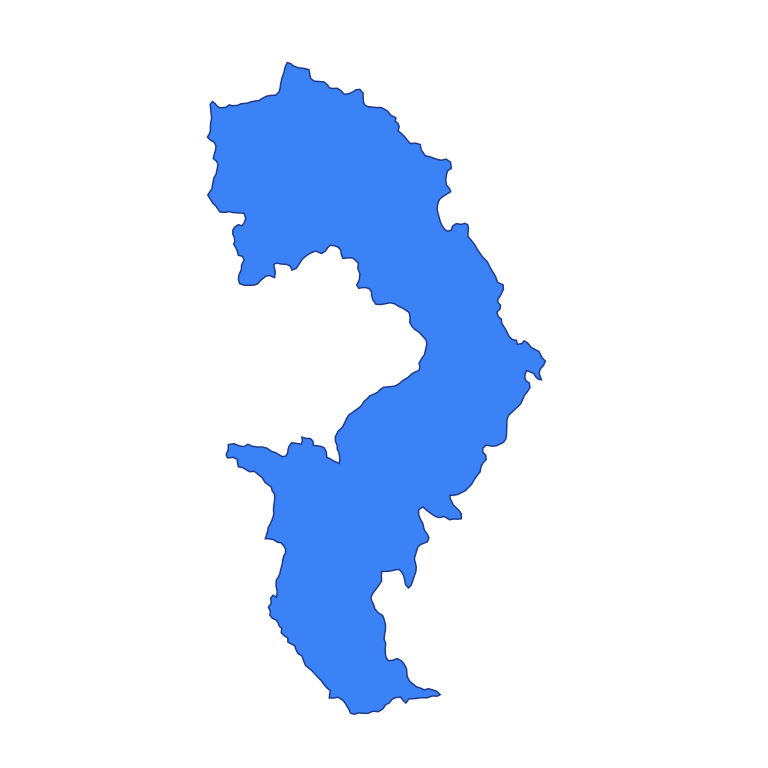 Inhapim, Minas Gerais, Brazil, rotated 86°
{"feature_id": "56859067B8939369455012", "entity_name": "Inhapim", "entity_type": "district", "adm_level": 2, "iso_a3": "BRA", "parent_name": "Brazil", "parent_adm1": "Minas Gerais", "projection": "albers", "projection_center": [-41.95, -19.485], "detail": "fine", "context": "isolated", "style": "filled", "palette": "blue", "viewbox_px": 768, "rotation_deg": 86, "n_neighbors": 0, "source": "geoboundaries", "source_scale": "gbopen_adm2", "svg_char_len": 6126}
<svg xmlns="http://www.w3.org/2000/svg" viewBox="0 0 768 768"><g transform="rotate(86 384 384)"><path d="M523.8,316.3L518.9,315.9L515.3,318.1L509.6,323.3L503.0,325.9L499.6,326.0L499.8,321.8L499.3,317.8L497.6,314.2L496.2,310.4L490.0,303.5L485.6,300.6L481.3,297.2L478.3,294.2L473.9,293.3L469.6,290.8L466.5,287.3L462.0,287.5L459.2,290.1L454.9,290.0L452.1,286.0L453.5,281.1L453.5,276.3L450.7,269.1L447.6,266.4L443.6,265.4L428.0,263.8L424.0,262.0L415.3,251.3L413.0,248.8L405.3,244.8L401.9,241.7L397.7,238.6L393.0,239.1L390.8,242.1L387.3,243.2L383.9,242.5L380.6,240.8L382.5,236.5L384.2,233.6L387.2,232.3L389.8,229.9L390.8,226.7L383.8,228.6L379.8,227.0L376.9,223.8L372.4,221.4L369.0,224.4L362.3,227.2L360.7,230.0L357.6,234.7L352.9,238.0L350.7,241.2L353.3,243.8L353.8,248.3L349.8,248.8L348.5,253.1L345.0,256.0L339.1,258.4L331.6,262.3L327.4,262.5L324.8,265.2L320.3,266.4L316.9,262.8L313.3,262.3L310.9,264.7L307.7,264.7L304.6,262.1L298.0,258.3L293.4,258.3L290.5,263.6L284.4,265.3L277.0,269.1L269.2,272.5L263.7,277.1L255.6,281.9L252.4,283.3L249.6,285.0L245.8,287.6L242.8,289.9L238.8,289.7L234.7,288.9L231.0,289.4L229.3,292.2L230.2,295.7L229.1,300.7L231.3,304.7L234.9,305.8L236.2,309.7L234.1,312.6L230.5,314.8L226.5,316.4L213.8,318.9L209.6,318.2L206.1,317.1L203.2,315.2L201.2,312.3L196.8,304.0L193.4,305.1L190.0,307.8L184.7,308.2L179.5,307.1L175.6,305.6L173.6,301.8L167.3,302.2L164.0,306.4L164.8,311.2L163.7,315.1L160.3,323.0L159.2,326.9L152.9,330.6L147.7,331.1L145.9,335.7L146.0,340.8L142.7,343.6L138.8,346.1L135.5,349.0L132.3,352.3L128.4,350.9L125.0,351.8L122.9,354.3L119.3,353.6L116.3,358.6L112.5,361.0L110.4,363.6L108.0,367.5L107.8,371.4L106.3,380.1L104.9,383.3L102.0,384.7L97.4,384.9L92.5,384.6L88.4,387.5L88.6,391.6L90.5,394.7L91.7,398.0L92.4,403.3L88.5,406.3L85.7,410.1L85.7,414.2L84.8,417.9L81.8,419.4L78.5,422.8L76.9,432.8L73.8,436.0L65.2,436.9L63.5,442.0L62.6,447.4L60.2,452.5L57.8,454.8L56.6,458.1L61.2,460.6L66.6,462.2L72.0,464.6L77.7,466.2L81.7,467.0L85.2,468.2L88.4,472.1L88.2,476.5L88.7,481.3L90.5,485.2L92.5,488.8L93.1,496.7L94.3,500.8L94.5,507.2L95.8,510.4L95.9,515.3L94.8,519.2L96.9,522.1L97.1,528.2L95.4,531.0L92.6,532.8L90.3,535.4L93.0,537.9L106.7,537.4L111.4,538.7L115.2,539.3L118.3,539.4L121.8,540.4L125.4,542.9L128.5,540.3L131.0,536.5L134.6,535.0L138.6,535.6L142.6,537.2L147.1,538.6L150.4,535.3L153.7,534.3L162.9,536.8L166.3,539.2L177.8,542.3L180.6,544.8L183.4,546.6L191.7,542.1L194.8,539.3L201.0,535.6L201.7,530.5L201.2,526.5L202.4,522.9L203.9,511.7L209.0,510.4L213.0,511.9L216.4,514.6L214.9,518.1L216.8,521.6L219.8,524.0L223.7,524.4L227.5,523.1L231.0,522.8L234.2,524.2L239.4,521.5L245.4,520.3L246.7,516.4L250.4,514.8L255.2,517.7L260.0,518.4L265.0,521.0L269.6,522.0L273.8,521.0L275.9,516.1L276.3,506.7L275.2,502.9L272.6,500.6L268.1,494.3L267.9,490.5L270.2,485.7L265.0,484.6L257.0,485.7L255.8,482.7L257.2,478.1L257.8,472.8L260.1,469.1L263.9,467.9L262.6,463.6L253.8,456.8L250.7,452.7L248.2,448.1L246.6,442.8L249.5,437.2L247.5,433.4L244.0,430.6L241.9,428.1L242.5,424.2L244.3,420.2L247.1,417.9L251.1,417.6L255.8,416.3L255.6,411.1L256.1,406.5L258.5,403.9L261.9,401.1L267.0,402.1L272.2,400.4L278.3,401.3L283.4,404.3L286.8,402.4L286.3,399.0L286.5,395.5L288.0,391.9L291.3,390.1L295.0,390.1L298.9,389.4L303.9,386.5L304.5,381.3L303.4,372.1L304.7,367.8L307.4,364.2L309.4,360.4L314.3,354.0L319.5,353.3L324.3,354.0L328.6,352.0L331.8,349.4L334.8,345.4L343.0,338.9L347.1,338.5L353.8,340.4L357.8,341.8L362.0,345.1L365.6,347.6L369.6,347.0L373.0,348.1L374.0,351.6L375.8,355.5L379.1,359.5L381.6,364.6L384.9,369.1L386.8,373.1L387.1,377.6L387.2,384.4L389.4,388.3L392.1,391.3L395.0,399.3L397.5,401.7L400.3,405.5L403.3,407.4L405.5,409.9L412.6,421.4L415.7,423.6L419.2,425.5L424.1,428.4L427.8,433.0L433.1,436.2L437.4,436.5L442.0,435.0L445.7,435.2L449.1,433.8L455.5,433.2L460.1,434.3L457.6,439.1L454.9,442.9L453.1,446.2L447.9,446.3L443.6,448.0L441.8,451.4L440.9,455.1L440.4,458.6L435.9,459.0L433.3,461.2L432.8,465.7L431.3,469.6L434.6,469.3L438.3,470.6L436.1,480.2L439.6,483.1L442.8,484.3L446.1,484.9L449.0,486.8L449.4,490.5L444.8,497.1L443.5,500.8L439.8,505.4L438.3,510.2L438.0,515.3L436.8,520.1L434.6,523.9L436.8,528.0L435.6,532.8L433.1,537.9L433.6,543.5L438.7,544.0L443.5,546.4L446.8,545.2L446.7,539.2L449.0,535.6L452.3,535.6L456.4,535.1L457.5,530.8L462.1,524.3L462.1,519.4L469.2,511.8L473.8,509.6L478.9,503.6L482.9,503.0L486.1,500.9L490.9,501.0L500.1,502.9L505.7,503.0L509.9,504.2L516.2,507.5L519.2,509.6L522.4,510.2L530.1,513.2L530.5,508.6L531.8,504.5L534.3,501.6L535.3,497.7L538.3,495.4L541.6,493.8L545.7,494.0L548.3,495.9L552.3,497.2L557.3,498.3L562.2,500.1L566.3,501.2L569.6,503.1L572.3,505.1L577.6,505.8L583.5,505.0L589.2,506.0L587.0,509.3L589.6,511.9L595.0,511.8L598.7,514.9L602.8,513.2L606.6,514.0L610.0,511.6L611.9,508.1L614.7,506.3L618.0,505.5L620.7,503.0L624.8,503.9L628.3,501.1L630.3,497.8L634.9,497.8L638.9,491.3L643.3,490.2L646.9,488.6L649.5,484.9L659.2,482.0L665.1,475.8L672.2,470.2L675.5,467.3L679.2,465.1L682.8,462.5L686.1,459.0L693.4,460.5L693.7,456.0L693.3,451.7L696.7,446.9L701.3,444.1L706.4,441.6L710.1,440.3L711.4,436.5L710.3,432.2L711.0,428.5L711.4,423.2L709.6,417.8L710.5,412.4L707.8,407.5L704.2,405.0L702.5,401.0L699.0,397.9L697.7,394.4L697.5,389.2L701.0,387.0L703.7,384.4L699.8,381.1L700.0,374.7L699.5,368.5L700.1,363.3L698.6,357.5L699.1,352.6L697.8,349.6L694.0,353.0L691.0,361.1L692.0,364.9L690.1,368.4L688.2,372.9L682.3,379.2L677.4,381.3L669.9,381.4L665.8,382.9L661.6,385.7L658.8,390.0L660.2,394.6L660.4,398.8L656.9,401.0L652.5,401.5L648.4,401.3L643.2,400.4L638.4,401.7L633.3,400.8L629.3,399.7L625.0,399.3L620.0,400.0L614.9,401.5L611.8,405.7L607.7,408.8L602.6,410.0L598.9,411.6L595.5,411.8L592.1,409.8L584.8,403.5L580.3,400.1L575.5,400.1L570.8,399.4L571.2,393.4L570.8,389.1L570.1,385.8L570.1,381.9L572.6,379.7L576.7,377.7L585.9,376.4L589.2,373.8L586.5,370.9L573.1,365.2L568.6,364.6L560.4,365.9L549.3,361.8L546.8,359.1L544.4,351.7L540.6,350.0L536.8,351.3L533.8,353.4L530.5,354.4L526.2,354.9L522.1,356.8L517.1,358.5L511.7,358.2L509.4,353.6L512.9,350.4L517.8,344.5L520.0,341.4L521.1,337.5L520.3,333.2L524.0,328.1L523.5,323.7L524.0,320.1L523.8,316.3Z" fill="#3b82f6" stroke="#1e3a8a" stroke-width="1.5"/></g></svg>